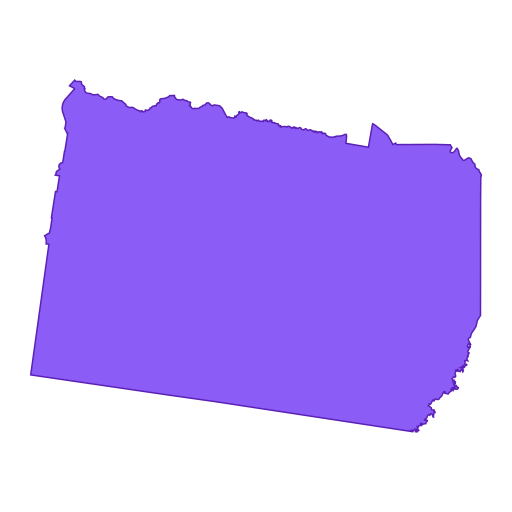 Whitehorse, Victoria, Australia (orthographic projection)
{"feature_id": "25037944B93635537501367", "entity_name": "Whitehorse", "entity_type": "district", "adm_level": 2, "iso_a3": "AUS", "parent_name": "Australia", "parent_adm1": "Victoria", "projection": "orthographic", "projection_center": [145.175, -37.829], "detail": "fine", "context": "isolated", "style": "filled", "palette": "violet", "viewbox_px": 512, "rotation_deg": 0, "n_neighbors": 0, "source": "geoboundaries", "source_scale": "gbopen_adm2", "svg_char_len": 6030}
<svg xmlns="http://www.w3.org/2000/svg" viewBox="0 0 512 512"><path d="M30.7,374.9L168.9,395.1L215.0,401.6L413.4,431.8L411.4,430.4L413.0,430.2L414.0,430.5L414.5,429.3L415.1,429.1L416.4,429.6L415.6,430.9L415.5,431.7L417.0,431.9L417.4,430.4L418.4,430.8L418.8,430.4L417.4,428.1L417.2,426.6L418.4,427.0L418.3,426.2L419.2,425.6L419.9,425.3L421.1,425.7L421.6,425.5L422.0,424.5L420.6,423.9L420.8,423.3L422.1,423.5L422.7,424.4L424.2,423.8L425.8,423.7L426.1,422.4L427.2,421.2L427.4,420.6L426.6,420.0L424.7,420.3L424.4,419.8L426.8,417.8L427.4,415.9L428.7,414.6L429.0,414.6L429.7,415.3L430.7,414.1L430.8,413.6L431.2,413.6L432.1,414.2L433.0,416.9L433.6,417.0L433.3,415.8L433.9,414.4L433.8,412.1L434.1,412.0L435.0,412.4L435.0,411.9L433.9,409.8L432.1,410.2L431.4,409.4L431.5,408.4L431.2,407.7L430.4,407.2L429.2,405.9L428.4,405.9L428.8,405.1L429.0,403.8L430.2,404.2L430.8,403.9L432.7,400.1L433.4,400.1L433.8,401.0L434.0,401.0L435.2,398.9L437.1,399.5L438.6,399.4L439.0,399.1L439.8,397.8L441.6,396.1L443.6,392.0L444.8,391.6L445.0,392.0L444.7,393.1L448.1,394.0L449.7,392.0L451.3,391.0L451.4,390.5L451.0,389.7L452.5,390.1L451.8,388.2L452.1,387.7L453.5,387.4L453.5,389.9L454.9,387.8L455.4,389.1L456.4,389.4L457.5,389.0L458.3,388.2L458.3,387.5L456.9,386.9L456.4,385.7L454.9,386.5L454.8,386.1L455.5,385.3L453.6,384.5L453.4,383.9L453.7,383.6L455.3,383.4L455.4,381.8L454.9,381.5L454.2,381.8L452.8,381.8L454.0,380.2L452.8,380.1L452.0,378.9L453.6,376.8L454.9,377.3L455.6,376.7L455.6,375.1L455.0,374.4L455.2,372.5L456.0,371.4L455.7,370.0L457.7,369.5L458.1,369.8L458.0,370.1L457.0,370.6L457.0,371.0L460.2,371.6L460.9,369.9L461.5,369.7L462.0,370.0L462.8,371.8L463.4,370.6L462.4,368.1L460.5,367.6L461.6,367.1L462.9,365.6L463.2,365.9L463.1,367.7L463.7,367.8L464.6,367.0L464.2,366.0L466.0,365.6L466.7,365.1L466.8,364.8L466.2,364.2L464.6,364.1L465.1,361.9L464.8,360.6L465.8,360.4L467.8,360.8L467.0,359.6L467.1,357.8L467.4,357.1L468.1,356.7L468.2,356.2L467.6,355.7L469.1,353.2L469.0,352.8L468.1,352.6L467.7,351.4L470.3,346.9L470.2,346.3L469.9,346.1L469.6,347.3L468.8,346.9L468.3,347.4L467.8,347.4L467.6,347.2L467.4,346.0L468.4,343.8L470.4,345.0L470.7,344.7L468.4,340.1L468.3,339.1L468.5,338.4L470.4,337.3L471.2,334.2L471.9,332.7L475.5,327.4L476.2,325.7L477.3,320.6L480.5,315.4L480.6,200.8L480.8,176.8L481.1,176.6L481.3,174.5L480.8,174.2L480.3,172.9L479.3,171.6L478.8,169.7L476.6,168.7L475.7,167.8L475.1,166.5L474.8,164.1L473.0,162.6L470.9,158.7L469.5,158.0L468.2,157.9L464.4,160.3L463.3,160.3L462.6,159.8L462.1,158.8L460.7,157.4L459.3,154.8L458.5,150.8L457.3,148.5L456.9,148.3L456.4,148.7L454.5,151.4L453.3,152.4L452.0,152.7L450.6,152.4L450.2,151.7L450.3,150.8L452.0,147.4L451.3,146.8L450.4,144.8L434.5,144.4L396.4,144.6L395.7,143.1L392.8,144.5L390.8,140.6L387.5,135.0L375.8,125.7L372.8,123.7L372.5,124.1L368.4,147.2L345.9,143.3L346.6,136.6L346.3,134.4L344.5,134.5L343.4,135.2L340.5,136.0L336.3,136.2L335.5,136.8L334.6,136.5L332.7,137.5L331.6,137.0L329.8,137.2L326.0,135.3L325.9,134.2L324.9,133.2L323.6,133.3L323.3,133.7L322.9,133.3L322.1,133.5L321.4,132.8L321.4,132.4L321.9,132.2L321.7,131.9L317.9,131.9L317.5,132.2L317.6,132.6L317.3,132.8L316.3,131.5L315.1,131.1L314.4,131.4L315.0,132.0L314.2,132.2L313.3,131.6L312.9,130.7L312.1,130.9L311.5,130.3L309.9,129.7L308.1,130.5L306.8,129.7L306.2,128.9L305.3,128.8L304.0,129.7L302.6,129.7L301.5,129.2L300.8,128.0L299.7,127.5L297.7,128.5L296.3,127.8L295.8,128.5L295.4,128.3L295.4,127.8L294.8,127.1L293.2,127.1L292.9,127.4L293.0,128.2L292.7,128.3L291.6,127.7L290.4,127.6L290.0,126.6L289.0,126.3L287.6,126.4L286.7,127.1L285.5,126.5L281.6,126.7L280.6,127.1L280.2,126.9L280.5,125.7L278.6,125.6L278.6,124.5L278.0,123.8L274.9,123.3L274.5,122.6L272.2,122.7L271.5,122.2L271.8,121.7L271.4,121.4L271.9,121.0L271.7,120.4L270.9,120.0L270.0,120.3L270.3,120.9L268.6,121.5L267.7,120.9L267.8,121.4L267.5,121.6L266.5,119.7L265.7,120.1L265.4,120.8L264.9,120.3L263.8,120.2L263.3,120.9L263.3,121.5L262.3,121.6L261.9,121.1L259.8,121.4L258.4,120.2L257.9,120.4L257.9,120.7L256.7,120.8L256.6,120.3L254.7,120.1L254.2,119.6L253.7,119.7L253.2,118.8L251.8,118.0L250.4,117.5L247.9,116.1L246.6,114.6L247.1,113.6L246.5,113.0L243.0,112.4L241.9,111.8L240.8,112.6L239.9,112.3L239.4,111.7L238.8,112.0L238.7,112.5L239.2,113.2L238.5,114.3L236.4,115.7L236.0,117.1L234.8,116.3L234.7,117.2L233.9,118.0L231.2,117.8L228.9,116.9L228.3,116.9L228.0,117.4L227.0,117.3L222.2,108.3L220.1,106.1L218.8,105.6L214.0,104.9L212.5,105.9L210.2,104.6L209.8,104.2L209.8,103.8L208.9,103.1L208.0,102.8L206.6,103.0L204.8,105.0L202.9,105.4L202.0,106.4L200.0,107.3L199.1,108.2L196.6,108.5L194.4,108.3L193.3,108.8L192.0,108.3L191.0,106.9L190.6,106.8L190.6,106.3L189.4,105.8L190.2,104.9L190.3,103.3L190.6,102.6L190.4,102.3L188.0,101.7L186.6,100.6L185.0,100.5L183.1,99.3L180.4,100.0L177.1,99.6L176.1,98.9L174.1,96.1L174.5,96.0L174.5,95.5L174.0,95.4L169.6,95.7L168.7,96.7L165.4,98.2L160.4,98.9L159.9,99.5L159.7,102.3L159.0,102.8L158.1,102.7L157.6,103.5L156.5,104.2L156.2,105.7L155.4,106.0L154.6,105.8L152.6,106.3L151.0,107.8L150.1,108.0L149.8,109.0L148.3,110.2L147.5,110.4L145.4,110.0L145.2,111.2L143.8,111.9L143.1,111.7L141.9,110.7L140.9,111.9L140.1,110.9L139.5,110.7L138.9,110.8L137.4,110.1L135.1,109.0L134.1,108.1L132.1,107.3L129.2,107.5L127.0,106.4L126.2,105.7L125.8,104.4L121.6,100.8L117.9,100.3L115.4,99.4L113.3,98.2L112.3,96.8L108.4,96.7L107.2,97.6L106.3,98.8L104.9,99.3L103.9,99.0L102.7,97.5L99.7,96.2L98.0,94.4L93.2,94.9L90.5,93.6L86.4,93.0L84.8,91.2L84.5,90.3L84.4,89.6L85.0,88.9L84.3,88.3L84.5,86.7L81.7,84.4L81.4,83.1L81.5,82.3L81.2,81.7L79.9,81.4L75.8,81.4L74.7,80.1L69.5,85.8L74.4,88.4L74.5,88.9L64.6,100.1L63.0,103.2L62.3,106.1L62.1,108.5L62.5,111.4L66.0,122.1L65.0,128.0L64.6,128.2L67.1,133.3L67.7,133.2L64.8,151.4L64.5,151.3L62.7,162.6L60.7,163.1L59.4,164.4L58.9,165.7L58.9,166.8L59.1,167.9L59.9,169.0L56.6,171.5L56.2,172.2L56.0,173.8L55.3,175.2L59.5,175.8L57.0,191.8L55.5,191.5L51.4,217.8L52.1,217.9L50.3,229.9L49.9,230.3L49.5,232.9L44.6,235.7L45.6,237.7L46.1,239.7L46.3,241.8L46.1,243.9L48.9,244.3L30.7,374.9Z" fill="#8b5cf6" stroke="#5b21b6" stroke-width="1.5"/></svg>